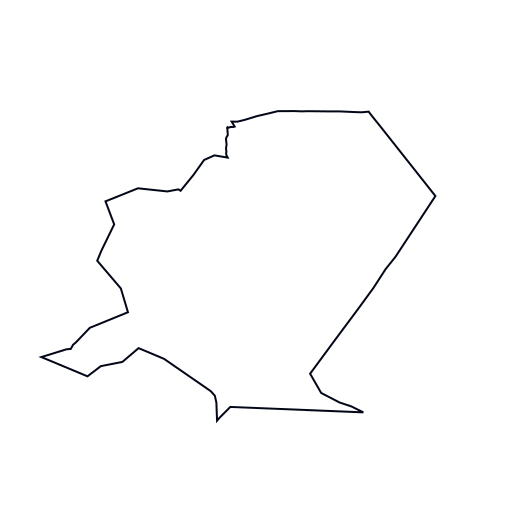 the district of San Miguel Aloápam, Oaxaca, Mexico, rotated 203°
{"feature_id": "50627088B87318974422234", "entity_name": "San Miguel Aloápam", "entity_type": "district", "adm_level": 2, "iso_a3": "MEX", "parent_name": "Mexico", "parent_adm1": "Oaxaca", "projection": "albers", "projection_center": [-96.687, 17.434], "detail": "fine", "context": "isolated", "style": "outline", "palette": "ink", "viewbox_px": 512, "rotation_deg": 203, "n_neighbors": 0, "source": "geoboundaries", "source_scale": "gbopen_adm2", "svg_char_len": 1177}
<svg xmlns="http://www.w3.org/2000/svg" viewBox="0 0 512 512"><g transform="rotate(203 256 256)"><path d="M227.5,89.2L226.5,92.5L220.7,107.0L96.1,154.0L109.5,154.8L121.8,153.8L142.5,155.4L160.2,168.8L150.2,210.7L141.3,247.3L135.4,272.6L131.6,294.5L127.3,309.8L114.3,381.3L192.4,424.0L204.0,430.2L208.7,432.9L214.8,429.6L221.5,427.0L235.5,421.8L246.1,417.3L264.8,409.6L270.2,407.1L277.3,404.4L292.6,397.8L299.0,393.0L302.8,390.2L309.7,385.2L319.7,376.8L325.6,372.4L330.9,370.2L326.2,366.8L327.2,366.0L328.2,365.4L329.4,365.1L330.2,364.5L331.3,363.4L331.7,363.3L332.5,363.5L332.7,362.8L331.9,361.5L331.1,360.0L330.0,357.9L329.2,356.1L329.5,354.5L329.5,352.2L328.4,350.3L326.7,347.2L326.2,345.7L325.8,343.7L325.2,342.5L324.2,340.9L323.5,338.6L322.3,336.8L321.4,336.3L320.5,335.5L333.6,332.4L341.3,324.1L345.3,306.0L350.9,286.6L353.5,287.0L362.8,280.8L391.1,272.2L415.9,247.5L398.9,229.7L400.4,200.7L400.3,189.6L367.7,173.3L351.9,154.2L380.9,125.0L388.0,106.2L389.7,102.8L390.2,98.1L394.1,96.0L414.1,79.1L364.1,79.4L355.8,94.0L337.6,106.3L328.1,125.3L300.5,125.4L244.8,113.9L242.0,112.6L239.3,111.3L235.2,105.6L227.5,89.2Z" fill="none" stroke="#020617" stroke-width="2"/></g></svg>